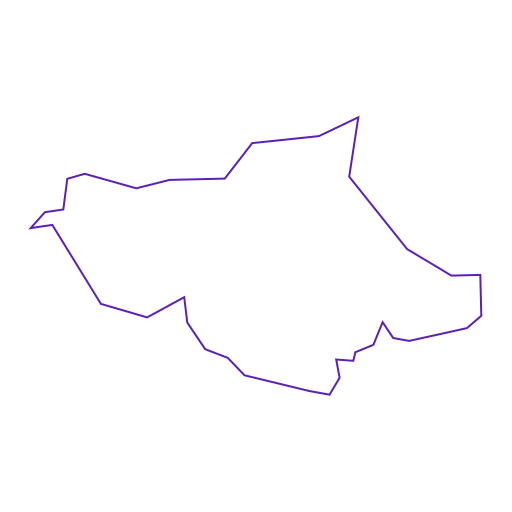 the district of Plasnitsa, Plasnica, North Macedonia
{"feature_id": "65306769B97994960223658", "entity_name": "Plasnitsa", "entity_type": "district", "adm_level": 2, "iso_a3": "MKD", "parent_name": "North Macedonia", "parent_adm1": "Plasnica", "projection": "equal_earth", "projection_center": [21.111, 41.454], "detail": "fine", "context": "isolated", "style": "outline", "palette": "violet", "viewbox_px": 512, "rotation_deg": 0, "n_neighbors": 0, "source": "geoboundaries", "source_scale": "gbopen_adm2", "svg_char_len": 553}
<svg xmlns="http://www.w3.org/2000/svg" viewBox="0 0 512 512"><path d="M147.1,317.4L184.2,297.2L187.3,322.6L205.2,349.2L227.8,357.9L244.5,375.3L309.1,391.0L329.5,394.7L339.6,377.8L336.2,359.5L353.3,360.8L355.4,352.2L373.4,344.8L382.6,322.2L393.2,338.0L409.2,340.9L466.9,328.1L481.3,315.8L480.3,274.9L451.4,275.6L407.2,249.2L349.2,176.7L358.3,117.3L318.9,136.1L252.2,143.1L224.8,178.6L169.5,179.9L136.2,188.3L84.7,173.8L67.3,178.8L63.3,209.5L44.9,212.2L30.7,228.1L52.3,224.9L100.9,303.9L147.1,317.4Z" fill="none" stroke="#5b21b6" stroke-width="2"/></svg>